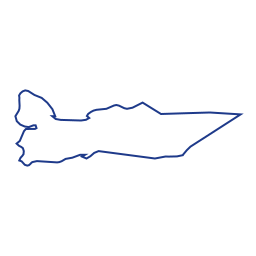 an SVG outline of Suðurnes
{"feature_id": "ISL-704", "entity_name": "Suðurnes", "entity_type": "Independent Town", "adm_level": 1, "iso_a3": "ISL", "parent_name": "Iceland", "parent_adm1": "", "projection": "natural_earth1", "projection_center": [-22.463, 63.949], "detail": "fine", "context": "isolated", "style": "outline", "palette": "blue", "viewbox_px": 256, "rotation_deg": 0, "n_neighbors": 0, "source": "natural_earth", "source_scale": "10m", "svg_char_len": 1108}
<svg xmlns="http://www.w3.org/2000/svg" viewBox="0 0 256 256"><path d="M182.7,155.2L177.0,156.4L168.5,156.6L165.6,156.5L154.9,158.5L98.6,151.1L94.2,152.9L90.4,156.2L86.5,158.5L82.0,156.6L85.0,154.8L80.1,154.8L72.3,157.7L65.6,158.9L61.7,161.2L59.3,162.1L57.1,162.4L36.9,161.1L32.3,162.1L31.3,162.9L30.2,164.1L28.9,165.2L27.3,165.6L24.8,164.8L21.6,161.3L19.3,160.5L20.6,157.7L22.2,156.0L23.5,154.2L23.8,151.1L22.9,148.2L21.2,146.9L19.0,145.8L16.6,143.6L19.8,140.9L24.0,131.1L25.9,129.0L35.1,128.9L36.5,128.1L35.6,125.3L33.5,125.3L28.7,127.1L24.7,126.5L20.3,124.6L16.8,121.2L15.4,116.2L18.6,111.0L19.4,108.8L19.6,105.8L19.3,100.1L19.4,97.7L19.1,95.5L20.4,93.3L22.6,91.4L25.2,90.4L28.2,91.0L34.5,95.0L41.7,97.9L47.3,102.7L52.4,109.2L55.2,116.2L52.3,116.2L55.7,119.0L60.7,119.9L81.0,120.5L86.0,119.8L89.2,118.0L86.9,116.0L88.2,113.9L91.0,111.9L93.5,110.6L96.5,109.8L106.4,108.8L114.0,105.5L116.3,105.0L118.9,105.6L124.3,108.2L127.0,108.8L132.5,107.7L142.6,102.6L161.0,114.0L182.9,113.3L209.9,112.5L240.6,114.4L190.5,146.6L186.8,150.2L182.7,155.1L182.7,155.2Z" fill="none" stroke="#1e3a8a" stroke-width="2"/></svg>